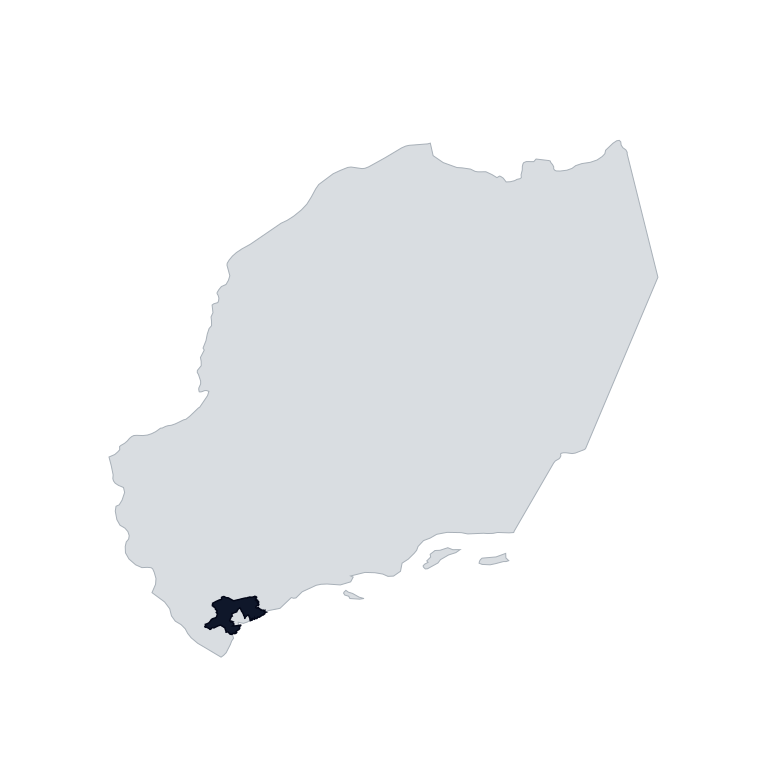 Lindi, Lindi, United Republic of Tanzania (highlighted), rotated 76°
{"feature_id": "72390352B7713188541433", "entity_name": "Lindi", "entity_type": "district", "adm_level": 2, "iso_a3": "TZA", "parent_name": "United Republic of Tanzania", "parent_adm1": "Lindi", "projection": "equal_earth", "projection_center": [39.517, -10.037], "detail": "fine", "context": "in_parent", "style": "filled", "palette": "ink", "viewbox_px": 768, "rotation_deg": 76, "n_neighbors": 0, "source": "geoboundaries", "source_scale": "gbopen_adm2", "svg_char_len": 9190}
<svg xmlns="http://www.w3.org/2000/svg" viewBox="0 0 768 768"><g transform="rotate(76 384 384)"><path d="M305.4,550.9L298.8,546.2L292.8,543.4L287.9,540.3L285.7,537.2L281.1,536.1L277.1,535.6L273.4,532.7L265.8,531.7L265.0,529.8L264.8,525.6L263.5,524.5L260.7,523.4L257.8,523.5L256.0,524.1L254.9,523.8L252.4,521.3L250.1,518.2L249.2,513.2L245.8,509.9L241.7,507.4L230.7,507.6L228.9,506.9L226.3,504.3L223.2,500.1L220.7,495.3L218.4,488.8L216.1,480.0L203.1,445.0L201.8,438.4L199.3,431.0L195.1,422.0L190.8,415.3L184.9,409.2L178.2,403.1L174.6,399.0L167.7,382.5L166.2,374.8L165.1,366.8L165.5,363.5L169.7,353.2L170.1,350.3L169.6,346.4L167.4,338.1L164.7,328.1L159.2,309.9L158.4,305.3L158.5,301.9L161.6,283.4L161.5,280.8L174.3,281.1L183.5,273.0L191.6,260.9L193.2,255.9L196.4,248.1L199.7,244.2L200.9,241.5L202.7,233.8L207.0,228.5L211.1,224.5L210.2,221.6L210.8,220.6L213.1,218.5L217.5,216.6L218.3,212.6L218.3,208.0L217.6,205.4L217.7,202.4L217.0,200.8L214.2,200.4L209.9,198.1L206.3,197.1L203.9,195.8L203.0,194.8L202.6,192.0L204.5,184.9L202.5,182.0L207.0,170.2L207.8,168.8L209.4,168.6L211.9,167.4L214.3,166.8L216.2,167.3L217.7,166.8L218.9,165.4L220.0,161.5L220.8,154.8L220.3,149.4L218.5,145.2L218.0,138.8L218.8,130.2L218.2,123.1L216.1,117.3L214.0,114.0L210.8,112.4L205.8,103.6L204.3,99.4L204.5,96.8L206.3,95.7L209.5,96.1L212.5,95.1L215.3,92.7L218.0,92.0L219.5,92.4L346.7,92.4L495.5,204.1L496.1,205.4L497.3,215.1L497.0,218.3L494.8,223.9L494.1,226.8L494.1,228.8L494.6,229.6L496.6,229.8L498.2,231.2L498.9,232.2L500.1,236.4L501.7,238.5L558.2,293.2L559.5,294.1L558.7,298.6L555.5,309.8L555.3,314.4L554.1,319.9L552.9,323.5L549.7,339.1L546.9,345.0L543.2,358.7L542.6,369.2L544.7,376.6L545.5,383.5L549.8,390.2L553.3,392.6L555.6,395.7L559.8,402.8L562.2,409.8L569.7,413.3L572.7,421.2L571.6,426.7L568.1,431.2L564.9,438.5L562.2,448.1L562.2,462.8L563.9,460.6L567.9,464.2L568.4,475.0L564.3,487.6L563.1,493.5L562.9,498.5L565.8,513.6L570.3,521.2L570.0,523.6L568.8,525.6L576.5,539.2L575.9,551.0L578.7,560.2L580.0,568.1L581.9,574.2L582.2,578.4L579.9,583.1L585.5,584.2L588.7,588.0L590.3,591.7L594.3,591.5L596.5,594.0L599.6,596.1L606.6,602.2L608.5,605.3L609.6,608.2L590.5,627.5L583.6,632.5L578.6,634.8L573.4,636.1L568.4,639.1L563.6,643.9L557.6,646.3L550.2,646.3L542.4,649.6L530.3,659.6L523.1,654.1L517.6,652.3L511.2,652.5L507.3,653.2L505.9,654.4L504.7,657.8L503.6,663.3L499.4,668.7L492.1,673.8L485.3,675.7L479.1,674.4L474.9,672.3L472.7,669.3L469.5,667.9L465.2,668.2L461.1,670.3L457.2,674.3L451.0,676.0L442.4,675.5L437.8,673.6L437.2,670.2L433.4,666.3L426.5,661.9L421.4,661.8L418.2,666.1L415.3,668.8L412.6,669.9L410.2,670.0L406.7,668.8L397.2,668.4L388.3,668.5L387.3,662.3L385.4,658.6L383.8,656.3L380.7,655.7L379.9,654.0L378.8,650.1L377.2,646.9L375.2,644.1L374.0,641.6L373.5,639.3L373.9,636.7L375.7,630.4L376.3,626.0L376.0,621.5L375.0,617.0L372.8,611.5L373.1,609.9L372.3,606.2L372.2,603.6L372.6,600.4L372.2,596.1L370.3,587.0L370.3,584.7L368.3,580.3L362.3,569.8L362.0,568.5L352.6,558.0L348.8,555.7L347.5,557.6L347.0,559.4L347.4,562.8L347.2,564.5L346.8,565.2L344.6,565.1L343.2,564.7L339.6,561.9L336.8,561.2L330.0,561.7L327.6,562.4L325.7,561.8L322.0,556.9L317.7,555.9L313.9,555.7L307.6,550.2L305.4,550.9ZM570.7,374.9L573.8,386.5L573.4,388.7L571.2,390.0L570.0,390.1L568.7,388.3L567.7,384.4L566.0,385.3L563.2,380.6L560.4,380.4L557.9,374.8L558.9,369.9L558.3,361.7L561.4,357.4L563.1,350.2L565.0,355.1L565.5,362.7L568.1,371.7L570.7,374.9ZM585.6,305.7L585.8,308.5L585.2,311.1L585.3,319.3L585.1,324.8L582.8,332.4L580.9,335.1L579.2,334.3L577.8,333.0L576.7,331.0L578.9,317.1L577.8,306.9L582.2,307.8L585.6,305.7ZM579.3,473.1L577.2,473.8L576.3,473.2L575.0,470.9L577.3,469.0L579.6,465.2L584.8,459.7L587.3,455.3L586.9,459.6L583.9,469.0L581.4,469.6L579.3,473.1Z" fill="#d9dde1" stroke="#a8b0b8" stroke-width="1"/><path d="M558.2,565.6L558.2,565.8L558.3,566.2L558.3,566.8L558.3,567.1L558.2,567.4L558.2,567.6L558.3,568.0L558.3,568.4L558.5,568.8L558.4,569.1L558.3,569.3L558.3,569.6L558.1,570.2L558.0,574.9L558.1,576.2L558.1,576.5L558.0,578.5L558.0,581.6L557.9,582.2L557.4,583.2L556.8,583.6L555.4,585.2L553.9,586.7L553.7,587.1L553.4,588.0L553.1,589.0L552.7,589.4L552.5,589.7L552.1,589.9L551.5,590.7L551.4,591.5L551.6,592.8L551.7,593.2L551.9,593.3L553.4,593.5L553.6,593.6L553.7,594.5L553.7,596.1L554.0,597.5L554.4,599.8L554.9,601.6L555.3,603.3L555.7,603.2L556.1,603.2L556.3,603.3L556.6,603.9L556.8,603.9L557.0,603.8L557.6,604.2L557.9,603.9L558.0,603.8L558.7,603.3L558.9,603.3L559.0,603.1L559.2,602.9L559.1,602.7L559.4,602.6L560.0,602.1L560.5,602.0L560.7,601.9L561.0,602.0L561.5,602.0L561.8,602.0L561.9,601.6L562.3,601.3L562.9,601.4L563.0,601.2L563.3,601.0L563.5,601.0L563.9,600.8L563.9,600.7L564.1,600.7L565.0,602.0L565.5,601.8L565.9,601.6L566.0,601.3L566.1,601.2L566.5,601.3L566.7,601.1L567.0,601.3L569.2,602.7L569.8,603.3L570.0,603.7L570.1,604.2L570.3,607.2L570.5,607.8L571.0,608.8L571.5,609.2L572.8,610.8L573.3,611.6L573.5,612.1L573.8,613.5L574.0,615.5L574.4,615.4L575.6,615.5L575.8,616.5L576.0,616.5L576.6,616.4L576.8,616.2L577.4,614.5L577.5,614.3L578.2,613.8L579.2,612.6L579.9,612.4L580.0,612.1L580.0,611.5L579.5,610.7L578.9,610.0L578.9,609.8L578.9,609.5L578.9,609.0L579.5,608.1L579.5,607.8L579.1,606.3L578.9,605.1L578.5,603.4L578.4,601.2L578.5,600.7L579.4,600.0L580.5,598.8L581.1,598.4L581.8,597.4L582.3,597.4L583.0,597.4L583.5,597.3L584.3,597.3L584.7,597.2L585.0,597.2L585.3,597.1L586.6,597.3L586.7,596.7L586.6,596.0L586.6,595.7L586.7,595.4L587.1,595.2L587.6,595.0L588.1,594.6L588.7,594.3L589.1,593.9L589.5,593.9L589.7,593.3L589.8,593.2L589.9,592.9L590.0,592.8L590.0,592.6L590.0,592.3L590.1,592.2L590.0,591.7L589.7,591.3L589.4,591.0L589.4,590.7L589.9,589.9L590.1,589.2L590.1,588.2L590.0,587.9L589.8,587.5L589.6,587.2L589.4,587.4L588.6,587.5L588.6,587.2L588.4,587.2L588.2,586.8L588.2,587.1L587.8,586.5L587.8,586.2L587.5,585.5L587.2,584.3L587.0,584.0L586.3,583.2L586.0,583.0L585.6,583.0L584.7,583.2L584.4,583.0L584.2,583.0L584.0,582.5L584.1,582.0L583.9,581.6L583.7,581.4L583.4,581.3L583.2,581.5L583.0,584.6L582.8,586.4L582.5,588.0L582.1,589.2L582.0,588.9L581.3,588.0L580.5,587.8L579.8,587.8L579.5,588.2L578.5,588.5L578.4,588.6L578.5,588.8L578.2,589.3L578.2,589.8L578.0,590.2L577.8,590.4L577.6,590.4L577.5,590.2L577.7,589.9L577.7,589.6L577.8,589.2L577.7,588.8L577.7,588.7L577.5,589.0L577.5,589.4L577.1,589.6L577.1,590.0L577.0,590.3L576.8,590.3L576.7,590.5L576.5,590.8L576.4,590.9L576.3,591.0L575.4,590.5L574.3,589.5L573.6,589.2L572.9,588.4L572.6,588.2L572.5,587.4L572.2,587.5L571.9,587.4L571.5,587.5L571.2,587.3L570.9,587.3L570.4,587.2L569.9,587.2L569.9,585.7L569.8,585.4L569.7,585.2L569.6,583.7L569.4,582.0L568.5,581.4L568.0,580.8L567.4,580.4L567.1,579.8L566.9,579.3L566.3,578.0L567.8,577.5L569.4,577.2L569.9,577.2L570.6,576.9L571.6,576.4L572.9,576.3L573.5,576.0L574.0,575.9L574.3,576.1L574.8,576.1L575.1,575.9L576.0,575.6L577.6,575.8L577.6,575.5L576.8,575.0L576.3,574.4L575.1,572.0L575.1,571.8L575.9,571.4L576.5,571.2L577.6,571.1L577.8,570.8L578.3,570.8L580.4,571.0L581.3,571.0L581.1,570.3L581.3,569.5L581.3,569.2L580.9,568.9L580.7,569.0L580.8,568.9L580.3,568.6L580.2,568.6L580.1,568.9L579.8,568.9L579.7,568.7L579.6,568.4L579.7,567.8L579.8,567.8L580.0,567.7L580.9,567.1L581.0,566.7L580.7,566.3L580.6,566.2L580.4,566.1L580.0,566.0L580.3,565.9L580.4,565.7L580.7,564.6L580.8,564.2L580.7,564.0L580.5,563.6L579.6,563.0L579.6,562.8L579.7,562.5L580.0,561.9L580.1,561.2L579.9,560.7L579.4,560.1L579.4,559.5L579.3,559.0L578.7,557.9L578.9,557.4L578.9,557.0L578.8,556.8L578.6,556.8L578.4,556.6L578.3,555.6L578.1,555.3L577.9,555.2L577.5,555.5L577.2,555.2L577.0,554.4L576.9,553.6L576.7,553.9L576.7,554.2L576.5,554.5L576.3,554.6L576.2,554.5L575.8,554.7L575.7,554.8L575.6,554.7L575.2,554.5L575.3,554.8L575.2,555.1L575.2,555.4L575.2,555.5L574.9,555.4L574.9,555.5L574.6,555.4L574.6,555.6L574.4,555.6L574.3,555.9L574.2,555.9L574.1,556.1L574.1,556.5L574.0,557.1L574.2,557.3L573.9,557.8L573.8,558.0L573.6,558.0L573.2,557.9L573.1,558.4L572.8,558.4L572.6,558.5L572.4,558.8L572.2,559.0L571.9,559.1L571.9,559.5L571.4,559.8L571.2,560.1L570.9,559.9L570.5,559.9L570.5,560.1L570.7,560.4L570.5,560.9L570.7,561.4L570.7,561.9L570.4,562.1L569.7,562.2L569.6,562.4L569.3,562.4L569.2,562.3L569.0,561.9L568.5,561.5L568.3,560.9L568.3,560.2L568.5,560.1L568.4,559.9L568.5,559.6L568.4,559.3L567.9,559.1L567.6,558.8L567.4,558.9L567.4,559.0L567.1,559.2L566.7,558.9L566.3,558.9L566.1,558.9L565.9,559.5L565.7,559.3L565.5,559.5L565.4,559.2L565.5,558.8L565.3,558.6L565.2,558.3L564.8,558.4L564.6,558.7L564.5,558.8L564.4,558.8L564.2,558.8L563.9,559.4L563.7,559.3L563.7,559.5L563.4,559.6L563.4,560.1L563.3,560.4L563.1,560.3L562.8,560.4L562.7,560.4L562.8,560.1L562.5,560.2L562.2,560.2L562.2,560.4L562.0,560.2L561.8,560.3L561.8,560.2L561.7,560.3L561.5,560.2L561.4,560.2L561.2,560.2L560.9,560.5L560.7,560.5L560.7,560.3L560.4,560.2L560.5,559.7L560.4,559.6L560.4,559.3L560.1,559.2L560.0,559.3L559.8,559.3L559.6,559.6L559.3,559.7L559.1,560.1L559.1,560.3L558.9,560.5L559.0,560.6L559.1,560.8L558.8,561.0L558.9,561.3L559.0,561.3L558.9,561.7L558.9,562.2L559.0,562.4L559.1,562.6L559.0,562.9L559.1,563.1L559.1,563.3L559.0,563.5L558.9,563.6L559.0,563.9L558.9,564.2L558.9,564.3L558.7,564.5L558.7,564.8L558.8,564.9L558.7,565.2L558.6,565.4L558.2,565.6Z" fill="#0f172a" stroke="#020617" stroke-width="1.5"/></g></svg>